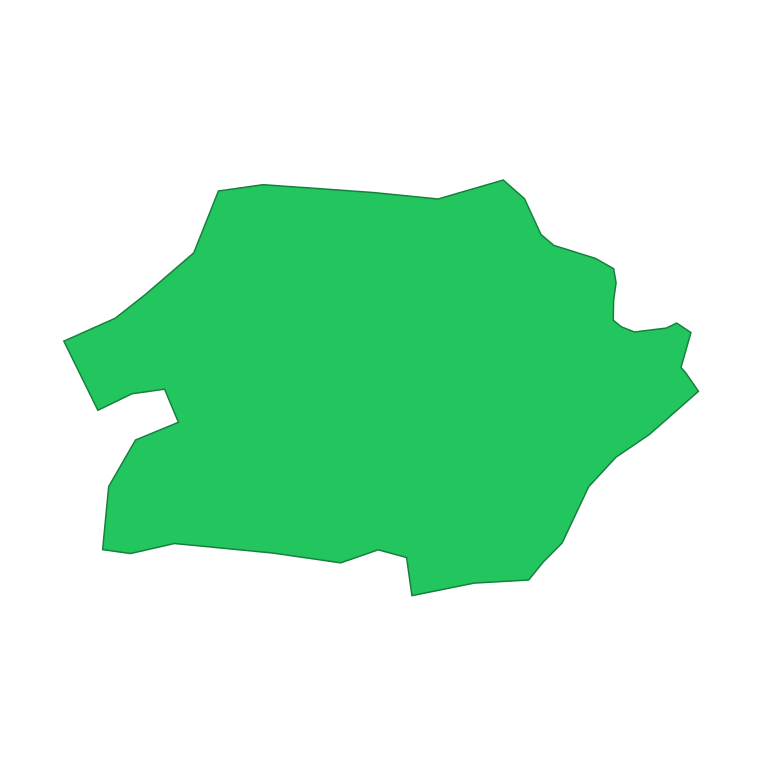 map outline of Rugaju (Robinson projection), rotated 172°
{"feature_id": "LVA-5741", "entity_name": "Rugaju", "entity_type": "Municipality", "adm_level": 1, "iso_a3": "LVA", "parent_name": "Latvia", "parent_adm1": "", "projection": "robinson", "projection_center": [27.065, 56.988], "detail": "fine", "context": "isolated", "style": "filled", "palette": "green", "viewbox_px": 768, "rotation_deg": 172, "n_neighbors": 0, "source": "natural_earth", "source_scale": "10m", "svg_char_len": 728}
<svg xmlns="http://www.w3.org/2000/svg" viewBox="0 0 768 768"><g transform="rotate(172 384 384)"><path d="M72.9,392.2L87.6,359.0L83.9,353.5L73.6,333.0L128.2,297.1L164.5,279.2L195.6,253.8L229.7,201.8L251.0,185.6L268.0,169.8L322.8,174.3L385.8,170.5L385.8,209.0L412.8,220.6L451.8,212.9L517.8,232.1L613.8,255.2L658.7,251.4L685.7,259.1L670.9,320.8L637.9,363.1L592.9,374.7L602.0,409.4L635.0,409.4L671.0,397.8L695.1,471.0L641.1,486.5L608.1,505.7L554.1,540.4L521.1,598.2L476.0,598.2L367.9,575.1L304.8,559.7L237.5,569.4L219.1,547.9L207.7,510.1L196.5,497.6L157.0,478.9L140.5,466.1L140.1,451.9L145.0,434.7L148.1,415.3L141.1,407.7L128.9,400.7L96.7,400.1L85.7,403.6L72.9,392.2Z" fill="#22c55e" stroke="#15803d" stroke-width="1.5"/></g></svg>